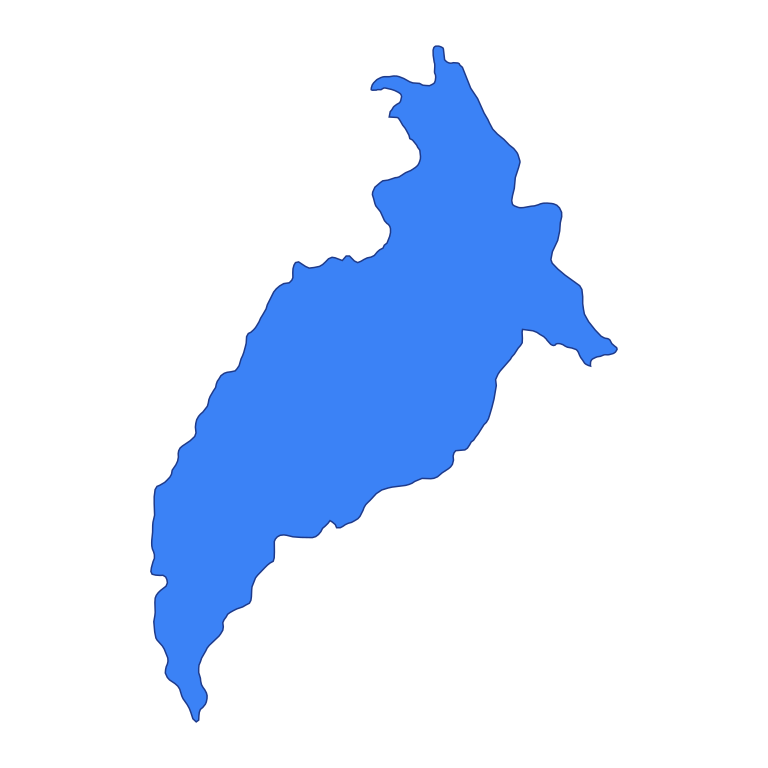 the district of Uarini, Amazonas, Brazil
{"feature_id": "56859067B41696806475339", "entity_name": "Uarini", "entity_type": "district", "adm_level": 2, "iso_a3": "BRA", "parent_name": "Brazil", "parent_adm1": "Amazonas", "projection": "mercator", "projection_center": [-65.366, -3.206], "detail": "fine", "context": "isolated", "style": "filled", "palette": "blue", "viewbox_px": 768, "rotation_deg": 0, "n_neighbors": 0, "source": "geoboundaries", "source_scale": "gbopen_adm2", "svg_char_len": 6053}
<svg xmlns="http://www.w3.org/2000/svg" viewBox="0 0 768 768"><path d="M590.6,366.1L590.4,365.0L590.6,361.9L591.0,360.9L591.5,360.0L592.5,359.0L595.7,357.4L597.3,356.8L600.5,356.3L603.9,354.9L605.0,354.7L608.0,354.8L609.3,354.6L613.0,353.6L613.9,353.2L615.4,352.1L616.4,350.6L617.1,349.2L616.6,347.6L614.5,346.0L611.8,343.6L609.9,340.0L608.6,339.0L607.1,338.5L605.5,338.3L604.0,337.8L601.1,336.2L595.2,330.0L588.6,321.7L584.4,314.1L583.5,309.4L582.7,303.6L582.7,296.7L581.9,289.5L579.7,285.7L565.0,275.1L557.9,269.1L552.2,263.2L550.9,259.6L552.4,251.7L557.7,240.4L559.7,231.0L560.3,222.8L561.7,216.7L561.6,212.3L559.5,207.9L556.8,205.2L553.7,203.9L551.7,203.5L547.1,203.1L543.3,203.2L540.3,203.9L538.5,204.7L534.4,205.9L531.2,206.2L523.4,207.6L521.6,207.7L519.8,207.7L518.3,207.4L514.4,205.9L513.0,204.9L512.4,204.0L511.7,200.6L512.5,195.7L514.3,188.4L515.3,177.6L518.7,167.2L520.0,162.2L519.9,161.0L518.0,154.7L517.2,153.0L516.2,151.6L513.7,148.5L509.4,145.1L503.9,139.4L497.4,134.1L492.7,129.1L489.4,122.9L487.8,119.4L484.1,113.1L477.6,98.6L470.7,88.2L462.4,67.3L459.9,65.1L459.2,63.7L457.9,63.0L453.3,62.7L451.8,63.1L450.1,63.2L448.4,62.7L447.0,62.0L445.6,60.8L444.6,59.7L443.4,49.0L442.9,47.9L441.1,46.9L439.4,46.3L438.2,46.1L435.5,46.2L434.5,46.9L433.8,47.7L433.1,50.1L433.2,55.4L434.2,62.0L434.7,63.8L434.8,66.2L434.5,71.7L434.6,72.9L435.5,75.0L435.7,77.3L435.3,80.6L434.4,82.9L432.6,84.2L429.5,85.7L426.0,85.5L422.8,85.2L419.5,83.4L412.8,82.9L409.7,81.8L403.8,78.5L399.2,76.7L396.8,76.1L393.6,76.0L389.3,76.7L384.5,76.7L382.9,76.9L380.8,77.6L378.0,79.0L376.7,79.8L373.6,82.9L372.2,85.0L371.3,88.0L371.2,89.7L372.2,90.2L376.3,90.1L377.7,89.6L381.0,89.7L383.1,88.4L384.1,88.0L385.2,88.0L391.4,89.4L394.7,90.5L398.3,92.3L399.5,93.1L400.4,93.8L401.1,94.8L401.6,96.6L400.7,100.7L400.2,101.8L399.2,103.0L396.7,104.4L394.3,106.2L393.4,107.1L391.8,109.8L390.2,111.7L389.2,117.0L397.2,117.5L398.4,118.1L400.2,120.8L402.7,125.2L405.1,128.2L406.5,130.6L409.0,135.3L409.8,138.6L412.5,140.0L416.7,145.2L417.7,147.3L419.8,150.2L420.5,156.3L420.4,158.9L419.8,161.0L418.9,163.4L417.7,165.4L415.5,167.4L410.8,170.5L405.6,172.7L399.1,176.9L397.1,177.5L395.2,177.7L388.0,180.1L382.8,180.8L380.4,182.5L374.9,187.2L372.7,192.1L372.4,194.7L373.6,198.5L374.9,203.5L375.8,205.9L380.4,211.7L384.5,220.7L386.9,223.4L388.2,224.3L389.0,225.2L389.8,226.4L390.5,228.7L390.5,232.6L389.7,236.3L387.0,243.1L384.3,245.2L383.0,248.1L379.7,249.8L377.4,251.8L374.3,255.5L371.0,257.1L367.2,257.9L363.9,259.5L361.1,261.2L357.7,262.6L354.4,261.0L349.5,256.0L346.2,256.0L342.3,260.5L335.1,257.8L332.0,257.3L328.5,258.8L325.5,261.9L322.7,264.5L319.5,266.4L314.1,267.5L309.2,268.1L305.6,266.5L298.6,261.9L295.5,262.6L294.0,265.1L293.0,268.7L292.8,272.8L292.9,277.6L291.8,280.2L289.2,282.8L283.7,283.6L279.7,285.9L276.4,288.7L273.7,292.0L267.3,304.8L266.1,308.9L262.7,314.8L260.6,318.2L259.1,321.7L257.4,324.6L255.5,327.6L253.6,329.8L250.8,332.3L248.3,333.5L246.6,336.6L246.2,343.2L245.5,346.1L243.8,352.4L242.5,355.9L241.1,358.8L239.1,365.7L237.0,368.8L235.1,370.9L230.8,371.8L227.1,372.3L224.2,373.3L220.9,375.7L218.9,379.0L217.3,381.3L216.3,384.1L215.6,387.5L213.6,390.5L210.1,396.5L208.9,399.6L208.3,403.0L207.4,406.2L202.9,412.0L200.5,414.1L198.6,416.3L196.7,419.7L195.8,423.4L195.4,427.1L196.0,432.9L194.7,436.5L190.1,440.8L182.4,446.0L180.1,448.0L178.7,450.7L178.2,453.6L178.4,457.1L177.6,461.1L175.9,464.8L172.2,470.2L171.5,474.2L169.9,477.1L166.9,480.3L164.7,482.4L159.7,485.3L157.0,486.4L155.1,489.6L154.2,496.8L154.2,503.5L154.6,515.2L153.0,522.2L152.7,525.4L152.6,532.2L151.8,540.1L151.7,542.9L151.8,545.9L152.4,549.0L153.6,551.8L154.4,554.7L154.4,558.4L153.1,561.5L151.4,567.7L150.9,571.5L152.1,574.2L155.6,575.1L159.8,575.4L163.0,575.3L165.7,577.0L166.9,579.7L167.4,582.9L166.0,586.2L160.6,590.4L158.3,592.6L156.3,595.3L155.2,598.1L154.9,602.5L155.2,612.3L154.9,615.4L153.8,621.7L154.7,631.9L155.9,638.0L157.1,640.1L162.3,645.9L164.2,649.0L167.8,658.0L168.0,661.2L167.4,664.0L166.2,666.8L165.6,669.5L165.3,673.0L167.3,677.4L169.5,679.9L175.0,683.6L177.8,686.1L179.7,689.1L181.8,696.0L183.1,698.8L187.2,704.6L189.3,708.4L190.8,712.3L192.9,718.8L196.2,721.9L198.7,720.1L198.9,715.8L199.3,712.3L200.4,709.4L202.8,707.4L205.3,704.3L206.3,702.0L207.0,698.6L207.1,695.6L206.4,692.9L204.7,689.7L203.0,687.4L201.5,684.7L200.7,681.2L200.4,678.2L198.7,672.6L198.7,668.4L199.0,665.1L200.5,661.5L201.6,658.1L205.7,651.0L207.1,648.1L209.3,645.3L219.0,636.1L220.8,633.6L222.8,630.2L223.3,626.8L222.8,622.7L224.1,619.7L226.2,616.9L227.6,614.3L229.9,612.6L233.4,610.6L236.8,608.9L242.7,606.9L246.1,604.9L249.4,603.2L250.9,600.3L251.4,596.8L251.7,589.6L252.0,586.8L255.5,577.9L257.5,575.3L264.4,568.1L267.4,565.1L270.2,562.9L273.2,561.3L274.2,557.9L274.4,552.1L274.3,541.5L275.4,539.0L277.4,536.8L280.2,535.3L283.8,534.9L286.7,535.3L292.9,536.8L300.9,537.4L312.4,537.6L315.7,536.6L318.5,534.5L320.9,531.6L322.5,528.4L325.2,526.1L328.1,523.2L330.0,520.6L332.5,522.2L335.3,524.6L336.6,527.7L340.3,527.7L342.8,526.4L345.4,524.6L348.2,523.3L351.5,522.4L354.3,520.9L357.9,518.7L360.0,516.3L363.0,510.4L364.0,507.6L365.7,504.7L367.6,502.7L370.2,500.2L376.3,493.6L381.7,490.0L388.1,488.0L392.1,487.1L405.6,485.4L409.2,484.4L412.1,483.2L414.8,481.4L422.0,478.4L430.8,478.7L433.9,478.3L437.5,476.8L442.2,472.8L448.5,468.7L450.6,466.9L452.4,464.4L453.5,460.1L453.1,456.0L454.0,452.9L455.7,450.7L464.9,449.9L467.4,448.2L469.6,444.9L471.2,442.0L473.6,440.2L475.8,436.9L478.0,434.1L484.0,424.6L486.3,422.4L488.4,418.9L489.7,414.9L491.8,407.8L494.0,399.1L496.3,385.6L495.6,379.6L498.0,374.2L500.0,371.2L510.4,359.3L511.8,356.9L514.4,354.0L518.2,348.1L520.5,345.5L522.2,342.8L522.4,338.3L522.1,332.2L522.5,329.4L533.0,330.8L537.0,332.4L539.9,334.4L543.7,336.6L546.3,339.1L547.0,340.2L550.7,344.3L552.3,345.2L553.7,345.5L555.1,345.1L556.2,343.9L557.5,343.6L559.1,343.6L560.5,343.8L563.0,344.7L565.1,346.1L567.4,347.2L571.8,348.0L576.3,349.6L577.4,350.8L578.4,352.4L579.6,355.4L580.8,357.7L582.6,360.1L584.6,363.2L586.0,364.3L588.5,365.5L590.6,366.1Z" fill="#3b82f6" stroke="#1e3a8a" stroke-width="1.5"/></svg>